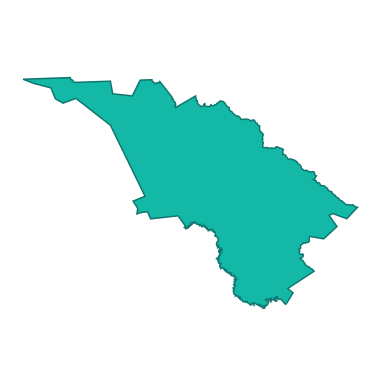 outline of Usino Bundi District, Madang, Papua New Guinea, rotated 178°
{"feature_id": "67681753B48669646267730", "entity_name": "Usino Bundi District", "entity_type": "district", "adm_level": 2, "iso_a3": "PNG", "parent_name": "Papua New Guinea", "parent_adm1": "Madang", "projection": "mercator", "projection_center": [145.078, -5.469], "detail": "fine", "context": "isolated", "style": "filled", "palette": "teal", "viewbox_px": 384, "rotation_deg": 178, "n_neighbors": 0, "source": "geoboundaries", "source_scale": "gbopen_adm2", "svg_char_len": 5964}
<svg xmlns="http://www.w3.org/2000/svg" viewBox="0 0 384 384"><g transform="rotate(178 192 192)"><path d="M208.4,286.7L208.9,287.9L220.4,303.6L221.2,302.5L223.0,302.1L223.3,302.4L223.8,301.8L225.2,301.7L226.1,302.8L227.9,304.0L228.1,305.6L239.9,305.6L248.3,290.1L267.8,292.9L269.7,305.6L305.9,305.6L307.5,308.0L308.9,308.4L309.8,310.6L356.9,310.6L346.0,305.9L329.4,301.0L325.3,289.9L317.7,285.3L304.7,289.6L271.2,261.6L239.1,189.4L251.2,184.9L246.8,177.6L247.8,171.9L247.5,171.9L247.4,172.5L245.7,172.6L245.1,173.2L243.1,173.1L241.9,173.7L241.1,173.5L237.1,173.8L234.3,166.6L206.7,168.7L199.7,158.0L200.2,157.7L200.1,157.1L200.7,156.9L199.9,156.4L199.5,155.4L199.0,155.7L199.3,157.0L197.2,156.0L196.8,156.5L197.6,157.2L197.3,157.8L196.9,158.1L196.7,157.7L196.3,158.2L196.0,157.5L195.2,158.2L194.9,159.4L194.7,158.8L194.4,159.3L194.0,159.0L192.9,159.9L192.9,160.7L193.4,160.9L193.4,161.5L192.5,161.9L191.6,161.0L191.1,161.2L190.9,160.8L190.5,160.8L190.9,161.5L190.5,162.0L188.5,160.9L188.4,159.7L185.7,159.3L186.0,158.6L185.8,158.2L184.7,159.3L184.0,157.7L183.7,158.1L183.0,157.5L182.9,156.9L182.6,156.9L182.3,157.6L181.4,157.7L181.2,158.3L180.5,156.5L180.3,156.4L179.9,157.0L178.2,155.5L179.1,155.4L178.4,154.4L177.9,154.9L177.2,153.6L177.2,152.7L176.9,152.7L176.8,153.6L174.7,152.9L174.9,153.6L172.8,154.1L172.4,152.5L172.6,151.5L172.1,152.2L170.8,151.4L171.3,150.9L170.5,150.6L170.2,149.9L169.8,148.6L170.4,148.1L170.1,147.8L170.5,147.2L168.7,146.3L167.9,145.3L167.7,144.5L167.1,144.2L167.7,141.9L168.5,141.3L169.3,139.9L169.3,138.5L167.9,137.8L168.8,137.1L168.3,136.5L168.3,135.6L167.4,136.5L167.0,135.7L166.1,135.1L166.5,133.2L164.9,133.8L164.6,134.5L164.0,133.6L164.1,132.5L164.8,132.0L165.0,133.5L165.8,132.1L166.5,132.0L166.7,133.0L167.0,133.0L167.4,131.1L166.2,130.6L166.3,129.9L165.5,129.8L166.6,129.3L166.7,128.3L166.3,127.7L167.1,127.5L167.1,126.1L167.8,126.3L168.5,124.9L169.8,124.8L169.9,124.4L169.1,124.3L168.7,123.4L167.9,123.8L167.2,123.5L168.3,121.6L167.5,120.8L167.8,120.0L166.9,119.7L166.4,119.1L165.5,119.5L165.9,118.2L166.8,117.9L166.8,116.0L166.0,115.0L165.4,115.1L165.5,114.6L164.4,115.2L163.5,114.8L162.2,112.9L162.0,113.7L161.2,112.8L161.7,112.6L161.1,112.2L160.5,112.4L160.3,111.3L160.9,111.6L160.7,111.0L159.7,110.8L159.5,111.4L158.7,109.6L158.2,110.1L157.5,109.9L157.1,110.3L156.4,110.0L157.0,109.5L156.8,108.5L155.7,108.8L156.2,108.1L155.8,107.3L154.7,106.7L153.4,107.0L153.0,106.2L152.6,106.8L151.8,104.7L151.2,104.7L152.0,104.0L151.5,103.4L152.0,103.2L151.0,102.9L151.8,102.7L152.5,101.8L151.8,101.6L152.8,100.9L152.6,100.6L153.0,99.6L152.6,99.6L152.4,98.8L153.6,97.6L153.2,97.2L151.9,97.3L151.9,96.9L153.1,94.9L153.5,95.2L154.2,94.7L153.2,93.7L154.0,93.4L153.7,92.1L154.2,91.5L153.5,89.6L153.9,89.0L152.3,87.6L152.3,86.6L151.4,87.3L151.0,86.5L149.2,86.2L149.6,85.3L148.4,84.9L147.5,85.2L147.3,84.9L148.6,84.3L148.3,83.6L147.0,83.2L146.5,82.1L145.8,82.2L144.9,80.7L144.5,80.4L143.6,80.8L142.7,80.6L142.4,80.0L141.5,80.6L140.7,80.6L140.7,79.6L139.7,79.3L139.5,78.7L138.8,78.4L137.8,77.1L136.9,77.1L136.2,78.9L135.6,78.3L134.6,78.0L134.7,77.1L134.0,76.7L134.3,78.2L134.1,78.9L133.7,79.0L129.9,76.6L129.6,77.5L129.3,77.5L128.7,76.5L127.5,76.6L128.1,75.6L127.8,75.2L126.6,75.4L125.7,74.6L125.8,73.7L124.8,73.4L123.4,73.4L123.3,74.8L124.3,75.7L122.7,75.9L122.2,75.5L121.5,76.4L120.7,76.5L119.7,78.3L119.5,80.2L121.7,80.8L122.4,81.7L122.3,82.0L121.3,81.3L120.5,82.6L118.1,81.4L117.8,81.6L117.7,82.8L116.7,83.1L115.9,82.8L115.8,82.3L117.6,80.3L117.6,79.8L117.2,79.4L116.8,80.5L115.7,81.8L114.0,81.3L111.9,79.8L111.3,79.8L111.1,80.2L111.5,80.6L112.8,80.9L113.5,82.0L113.3,83.1L112.5,82.4L111.7,82.2L111.4,82.4L111.5,84.4L110.3,84.3L110.6,83.2L109.7,81.6L107.6,82.0L105.8,80.7L103.1,76.9L101.9,76.7L94.5,87.7L99.7,92.2L72.7,108.6L74.6,110.7L76.9,112.0L77.5,112.9L80.5,114.5L83.7,119.7L86.1,121.5L86.2,122.1L84.1,122.7L83.2,123.8L83.0,125.0L83.2,125.9L84.0,126.3L85.0,125.8L86.3,126.3L86.9,126.9L86.9,127.8L86.3,129.1L87.2,131.2L85.5,131.9L85.4,132.7L85.7,134.0L85.4,134.9L83.6,136.0L82.7,137.1L82.2,137.0L81.5,137.3L80.5,136.9L79.6,137.6L77.8,137.6L76.4,138.9L76.5,142.3L75.9,143.5L62.1,140.6L48.3,152.4L55.8,163.8L52.1,165.6L38.3,159.9L27.1,171.0L29.4,171.4L31.6,173.7L32.4,173.2L36.6,174.0L38.0,173.6L42.6,177.9L44.8,178.9L45.1,179.9L46.2,181.0L46.6,180.9L48.1,182.1L48.7,183.1L52.3,186.2L52.1,187.1L52.3,187.3L55.8,188.8L56.4,191.0L57.4,191.3L59.3,193.4L63.1,193.9L64.2,196.2L64.9,196.9L67.0,197.1L67.5,197.7L67.3,198.6L70.0,200.1L69.2,200.1L68.5,201.9L67.2,203.7L68.2,203.9L69.2,207.6L69.8,208.0L71.3,208.1L72.9,207.7L73.9,208.4L75.2,208.6L77.1,209.9L77.8,209.5L79.4,209.5L80.7,211.0L81.7,211.3L82.2,213.9L83.7,215.8L84.8,216.5L86.5,219.0L87.0,218.9L88.4,220.3L90.1,220.6L91.2,221.4L92.2,221.6L94.5,221.3L95.7,223.2L97.0,224.0L97.1,225.6L98.3,225.9L99.2,226.5L100.2,226.5L99.8,228.5L100.0,229.1L99.2,231.0L100.4,232.2L102.8,232.8L104.2,233.8L106.0,234.2L107.0,233.8L107.1,233.0L108.8,232.6L110.6,233.3L113.5,232.8L114.5,233.7L115.1,233.5L115.4,233.8L116.2,233.3L117.1,233.9L119.0,233.9L119.7,234.8L119.6,236.8L119.1,237.9L119.2,239.1L119.8,239.8L119.4,242.5L119.8,243.7L118.7,247.0L121.0,249.8L121.7,249.9L121.8,250.2L122.4,253.4L122.1,255.7L124.1,256.8L124.6,258.4L125.9,258.9L127.2,261.6L127.6,261.8L129.3,261.7L130.9,261.0L132.5,262.3L133.8,262.5L134.9,263.0L140.3,262.7L141.8,265.2L143.7,266.5L144.6,266.1L145.3,266.2L146.1,267.5L146.7,267.7L148.7,269.7L149.1,270.6L151.9,272.5L151.9,275.0L154.5,276.8L155.8,279.6L156.8,280.2L157.2,281.0L160.4,282.1L162.2,280.8L162.2,280.4L164.0,279.7L164.9,278.4L166.1,278.5L167.1,277.6L168.5,277.3L170.1,278.5L171.6,276.7L175.8,277.3L176.2,277.8L175.9,279.6L176.3,279.9L177.2,279.2L177.4,278.2L178.2,277.2L180.4,277.1L180.7,277.9L182.7,279.2L183.2,280.4L183.5,282.9L184.3,283.4L184.8,285.2L185.0,287.9L205.3,277.0L205.7,277.7L205.5,278.6L205.9,279.0L205.2,279.7L205.7,282.2L207.1,283.3L207.4,285.2L208.1,285.2L208.8,285.9L208.4,286.7Z" fill="#14b8a6" stroke="#0f766e" stroke-width="1.5"/></g></svg>